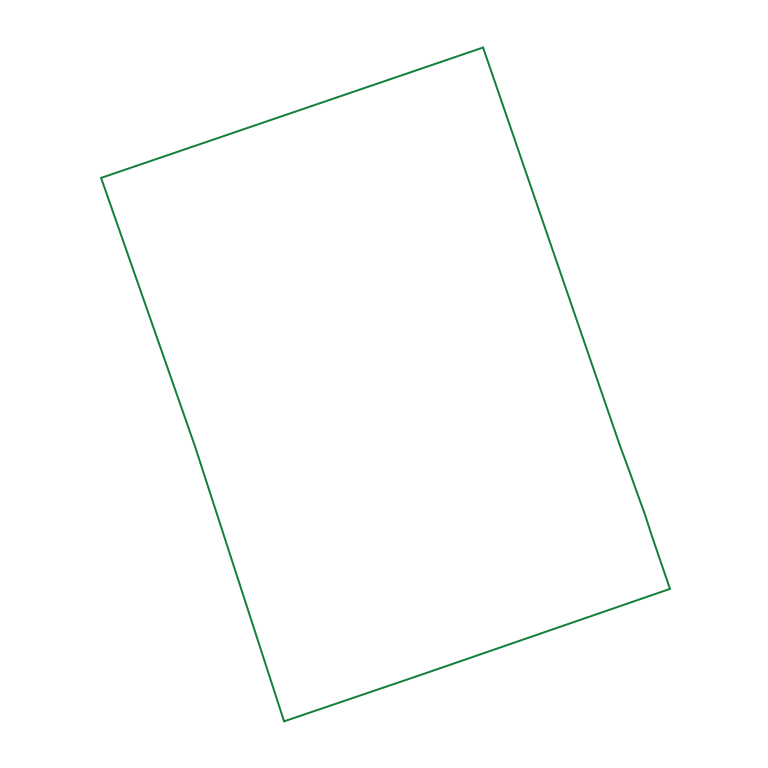 Osceola, Iowa, United States of America (Mercator projection), rotated 71°
{"feature_id": "52423323B8294388422794", "entity_name": "Osceola", "entity_type": "district", "adm_level": 2, "iso_a3": "USA", "parent_name": "United States of America", "parent_adm1": "Iowa", "projection": "mercator", "projection_center": [-95.549, 43.378], "detail": "fine", "context": "isolated", "style": "outline", "palette": "green", "viewbox_px": 768, "rotation_deg": 71, "n_neighbors": 0, "source": "geoboundaries", "source_scale": "gbopen_adm2", "svg_char_len": 391}
<svg xmlns="http://www.w3.org/2000/svg" viewBox="0 0 768 768"><g transform="rotate(71 384 384)"><path d="M590.1,179.7L589.8,179.7L589.8,179.8L565.2,180.2L551.0,180.3L517.1,181.0L243.5,180.9L242.6,180.9L146.1,180.8L130.2,180.8L98.1,180.8L97.0,584.4L381.6,583.0L670.4,588.3L671.0,443.6L670.8,180.3L670.7,180.3L614.6,180.2L590.1,179.7Z" fill="none" stroke="#15803d" stroke-width="2"/></g></svg>